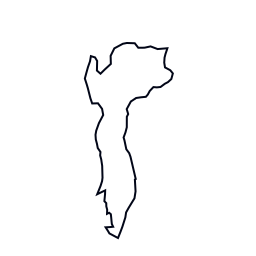 Mesogi, Paphos, Cyprus, rotated 321°
{"feature_id": "46923920B58630451214078", "entity_name": "Mesogi", "entity_type": "district", "adm_level": 2, "iso_a3": "CYP", "parent_name": "Cyprus", "parent_adm1": "Paphos", "projection": "natural_earth1", "projection_center": [32.455, 34.811], "detail": "fine", "context": "isolated", "style": "outline", "palette": "ink", "viewbox_px": 256, "rotation_deg": 321, "n_neighbors": 0, "source": "geoboundaries", "source_scale": "gbopen_adm2", "svg_char_len": 1287}
<svg xmlns="http://www.w3.org/2000/svg" viewBox="0 0 256 256"><g transform="rotate(321 128 128)"><path d="M101.9,172.5L111.8,152.0L113.1,148.3L113.3,143.5L117.5,135.3L118.6,132.6L123.3,129.8L127.5,126.7L134.2,118.5L136.9,117.3L138.9,112.5L146.9,109.2L153.2,109.8L157.4,112.3L161.5,115.0L164.4,114.5L168.2,112.9L173.5,112.2L176.0,114.6L179.1,116.6L184.5,116.8L187.9,117.5L192.5,117.2L197.2,113.8L197.2,109.7L194.9,104.2L197.3,100.0L200.7,96.3L203.8,94.0L207.0,92.0L208.8,90.8L200.7,85.3L196.9,78.8L191.4,76.0L186.5,72.1L186.6,66.4L180.6,61.2L177.0,59.3L167.5,57.5L159.9,61.0L155.0,67.4L146.9,67.9L140.8,68.5L140.0,63.8L146.2,56.5L146.8,52.4L144.4,48.8L140.4,52.3L135.2,55.5L130.4,58.9L125.6,62.4L123.3,68.3L121.8,71.9L117.5,81.2L115.6,86.4L120.2,89.9L119.9,96.8L116.9,102.3L108.5,105.9L101.6,110.1L98.5,112.8L95.8,116.6L93.9,120.8L91.9,124.5L91.5,129.3L89.1,131.8L87.4,135.6L84.1,141.2L76.9,150.6L74.4,153.0L70.3,155.7L62.4,160.1L71.0,162.1L68.5,165.0L63.6,170.0L63.8,172.7L61.8,175.3L60.4,178.4L57.7,181.5L60.0,182.0L60.4,184.2L58.8,186.7L56.2,190.6L55.0,192.5L54.3,195.4L51.7,193.7L48.1,191.1L47.6,195.7L47.2,198.2L51.0,207.2L56.9,203.9L61.5,201.2L69.7,195.8L73.4,192.4L78.4,190.4L88.8,186.7L94.0,182.0L100.9,172.4L101.9,172.5Z" fill="none" stroke="#020617" stroke-width="2"/></g></svg>